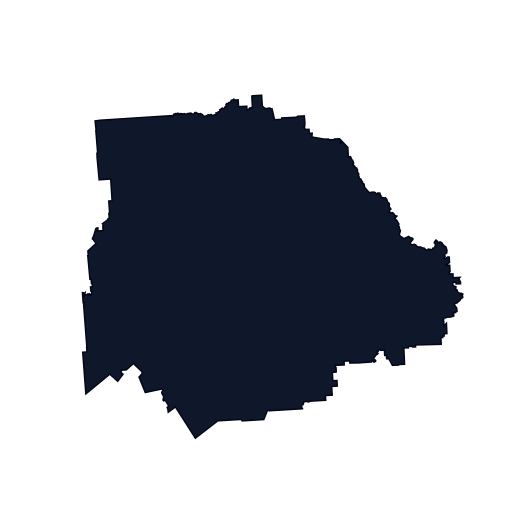 Narrabri, New South Wales, Australia, rotated 348°
{"feature_id": "25037944B38691483406712", "entity_name": "Narrabri", "entity_type": "district", "adm_level": 2, "iso_a3": "AUS", "parent_name": "Australia", "parent_adm1": "New South Wales", "projection": "orthographic", "projection_center": [149.591, -30.328], "detail": "fine", "context": "isolated", "style": "filled", "palette": "ink", "viewbox_px": 512, "rotation_deg": 348, "n_neighbors": 0, "source": "geoboundaries", "source_scale": "gbopen_adm2", "svg_char_len": 6093}
<svg xmlns="http://www.w3.org/2000/svg" viewBox="0 0 512 512"><g transform="rotate(348 256 256)"><path d="M60.9,355.5L88.4,341.2L94.7,349.8L101.3,344.0L100.7,343.7L100.7,343.1L100.2,342.7L100.0,339.7L105.5,340.4L113.7,335.7L120.4,345.4L120.1,347.4L116.4,350.1L119.3,366.5L136.4,366.5L137.1,367.3L137.1,367.9L135.9,369.1L135.3,370.5L136.5,374.5L135.1,377.5L135.4,378.4L136.9,378.4L137.4,378.8L139.2,383.9L139.0,384.9L137.6,385.7L137.9,387.1L137.7,390.6L145.8,386.9L158.8,421.6L184.3,409.3L207.7,412.8L208.1,414.4L229.6,417.6L235.3,409.1L236.1,409.4L236.5,410.1L269.7,415.1L269.7,414.6L269.1,413.8L269.8,411.1L271.1,411.1L271.7,410.5L271.9,409.3L272.6,408.7L274.9,408.7L277.4,409.8L278.2,409.2L294.2,411.6L294.9,406.9L301.6,408.0L302.9,399.3L307.9,400.1L307.9,399.8L308.5,399.9L309.3,394.6L305.2,393.9L306.5,385.7L310.2,386.2L310.5,385.6L311.1,381.6L310.4,381.5L310.7,379.4L319.6,380.9L320.3,377.2L325.9,378.1L325.5,380.2L334.1,381.9L347.0,383.7L348.1,382.7L348.8,383.4L349.3,384.4L351.1,383.9L351.3,383.4L351.3,382.9L349.8,381.4L350.0,380.4L352.5,378.0L355.0,376.9L354.6,374.8L355.9,374.5L356.2,373.3L356.6,373.0L358.6,374.3L362.0,374.7L361.2,380.0L362.9,380.3L362.4,383.7L364.5,384.1L366.7,391.3L372.6,392.3L372.7,391.8L378.8,392.8L381.4,377.2L381.0,376.6L385.9,377.5L386.1,376.2L390.4,376.9L390.4,377.6L393.2,378.1L393.6,376.2L418.8,380.9L419.9,374.3L421.7,374.6L421.9,373.1L423.4,373.4L423.8,371.2L426.6,371.6L428.3,361.4L425.3,363.4L426.0,359.4L425.5,359.3L425.9,357.4L426.3,357.5L426.6,355.6L428.8,356.0L428.9,355.4L433.8,356.2L434.8,355.9L436.1,356.1L436.4,355.7L437.0,355.7L437.5,352.6L439.4,352.8L439.7,352.3L441.1,352.0L441.5,348.7L439.9,345.0L440.0,344.6L440.8,343.9L443.2,343.6L444.0,342.9L446.4,341.7L447.4,340.5L449.5,339.6L449.8,339.1L449.5,337.7L450.3,336.5L450.3,336.0L449.3,335.5L448.6,336.1L448.7,335.0L447.2,335.2L446.9,334.2L445.6,332.8L445.4,332.2L445.7,331.2L445.4,330.8L443.7,329.8L444.7,329.2L445.2,327.6L443.8,326.8L443.3,326.9L442.5,324.8L442.9,322.8L446.1,323.3L445.9,324.9L450.3,325.7L450.6,323.8L449.7,323.0L450.3,322.3L449.8,321.1L449.8,320.4L451.1,319.3L444.3,318.2L444.9,314.4L441.5,313.8L442.0,311.4L442.6,311.5L443.5,305.3L440.0,304.8L440.1,304.0L441.2,303.5L441.4,303.9L442.8,302.9L443.9,302.7L444.8,297.2L443.2,296.8L441.0,297.9L439.6,298.0L439.6,297.0L440.9,295.8L440.6,294.2L440.9,293.6L443.2,292.6L444.0,290.2L443.6,286.4L441.9,285.1L441.8,284.3L441.4,284.2L440.4,281.4L440.0,281.4L439.2,280.6L438.5,280.5L437.8,281.4L436.8,280.0L436.0,279.6L436.3,279.0L435.3,277.8L433.3,279.6L433.1,280.2L433.8,281.3L433.8,282.7L432.3,285.0L431.7,285.3L430.8,285.0L429.8,286.1L428.3,286.4L427.8,285.6L427.1,285.7L426.2,285.0L424.1,285.8L422.9,284.8L422.7,283.9L421.9,283.1L420.8,282.9L419.0,281.4L416.2,280.8L415.6,280.3L414.8,278.7L413.3,277.4L411.3,277.6L409.9,276.7L409.7,275.8L410.0,274.7L412.9,272.5L413.1,271.8L412.4,270.8L410.7,270.2L409.5,268.6L404.4,269.7L401.3,266.7L400.7,265.3L400.8,264.6L402.5,261.3L402.0,259.2L402.2,257.3L401.5,255.7L402.2,255.0L402.4,254.3L401.1,250.4L399.5,248.1L399.7,247.3L400.5,247.4L402.1,246.3L400.1,245.1L399.9,243.7L399.4,243.4L398.7,242.0L398.1,241.8L397.0,242.1L396.1,241.0L395.3,240.7L396.0,240.1L396.2,238.8L397.7,238.2L396.6,235.5L396.7,234.3L397.3,233.4L397.1,232.0L396.0,230.8L395.7,227.7L394.6,225.8L393.6,226.0L392.2,225.2L391.6,225.3L390.6,224.0L390.8,223.1L390.4,222.6L390.2,220.2L388.1,219.7L387.2,220.5L386.5,220.4L386.1,219.1L385.1,218.2L382.7,217.6L381.3,217.8L379.7,217.2L376.5,211.3L376.7,208.2L375.5,206.7L375.5,205.5L374.9,204.8L375.0,204.0L374.4,202.3L373.3,202.1L372.8,201.4L373.4,200.2L372.9,199.3L373.6,197.1L372.7,194.9L373.2,192.9L372.8,192.4L372.9,191.1L371.5,190.0L371.1,188.5L369.9,187.4L370.8,185.4L370.4,182.4L369.8,182.1L369.1,178.4L366.9,178.1L368.4,168.9L364.3,162.2L362.2,163.4L361.7,162.9L362.4,161.5L363.5,160.9L362.1,158.7L357.1,157.9L357.0,158.6L351.0,157.3L351.1,156.7L346.9,155.8L335.6,151.3L336.1,148.3L336.4,148.2L336.5,147.5L333.6,147.1L334.2,143.1L330.6,142.5L329.7,139.4L330.5,139.5L331.5,136.2L332.4,129.0L325.7,127.9L324.5,128.7L309.9,126.3L309.7,127.7L302.5,126.5L302.3,115.4L301.6,115.3L300.2,114.1L295.8,113.8L294.0,111.5L293.3,111.4L294.9,99.9L285.5,98.5L285.4,99.7L285.0,99.6L283.4,109.8L282.4,109.8L281.9,110.7L280.8,109.8L280.3,110.1L280.3,110.9L279.6,110.7L278.9,111.2L278.2,110.9L277.5,111.3L278.1,107.6L270.0,106.3L271.0,99.6L266.9,98.9L267.1,97.4L266.5,98.4L264.1,98.6L264.0,99.6L261.9,100.5L261.2,100.3L260.9,101.3L259.9,101.3L259.4,100.7L258.9,100.9L258.1,101.6L258.1,103.2L256.7,103.6L256.2,104.9L254.7,105.0L253.8,104.3L253.2,104.4L252.2,105.2L251.0,105.3L250.9,107.2L248.8,107.2L248.3,108.2L247.4,107.8L246.8,108.2L246.6,108.0L246.2,109.6L245.1,109.2L243.3,109.6L242.2,109.2L241.5,108.2L239.9,108.5L238.5,107.8L237.7,108.6L236.9,108.4L234.5,108.8L232.8,107.2L233.1,106.7L231.3,105.1L230.6,105.3L228.8,104.6L226.8,103.0L225.8,103.1L225.6,103.9L224.6,104.1L223.2,104.0L222.1,102.7L220.1,102.5L219.2,102.8L218.8,102.4L217.0,102.8L215.4,101.8L215.0,102.1L211.5,100.9L211.0,101.0L210.5,101.9L209.9,101.5L209.8,100.9L209.3,100.0L208.4,100.4L206.9,99.9L204.8,100.3L204.3,101.5L203.6,101.8L202.8,101.2L195.6,100.1L131.9,90.8L126.7,90.4L125.7,100.1L125.4,100.1L122.6,121.7L121.8,122.3L121.0,126.8L118.4,148.9L129.9,150.5L126.7,172.1L123.4,171.6L121.8,183.1L120.9,183.7L120.3,188.7L119.3,188.6L117.8,190.1L112.5,192.5L113.4,194.4L112.4,194.8L111.7,199.3L106.0,198.6L106.9,197.3L107.2,195.6L106.0,195.5L105.0,195.9L101.7,202.0L99.5,205.2L100.5,206.4L100.5,206.9L102.2,210.4L92.6,216.1L92.0,220.9L91.5,220.8L88.7,244.3L89.9,244.6L89.4,248.4L90.1,248.2L89.6,252.1L87.7,251.8L87.2,256.0L87.9,256.1L87.5,259.2L86.8,259.4L86.2,259.0L86.5,259.9L86.3,260.3L85.7,260.2L85.4,259.8L85.9,259.4L85.8,258.9L84.6,259.0L84.7,258.6L84.4,258.4L84.6,257.8L83.7,258.8L83.1,258.2L82.2,259.0L81.2,258.4L80.3,259.1L80.3,258.8L80.7,258.3L80.4,258.1L79.9,258.4L79.8,258.1L80.7,257.6L81.1,256.6L80.4,257.1L80.2,256.6L79.7,256.6L79.7,256.0L78.6,255.7L77.2,265.9L78.5,266.0L77.3,267.7L71.5,310.8L71.3,310.6L70.7,314.7L66.5,314.1L60.9,355.5Z" fill="#0f172a" stroke="#020617" stroke-width="1.5"/></g></svg>